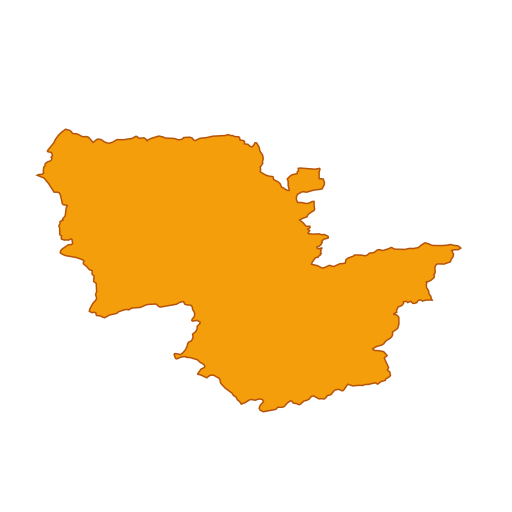 the district of An Lao, Bình Định, Vietnam, rotated 261°
{"feature_id": "81297802B61161719512326", "entity_name": "An Lao", "entity_type": "district", "adm_level": 2, "iso_a3": "VNM", "parent_name": "Vietnam", "parent_adm1": "Bình Định", "projection": "equal_earth", "projection_center": [108.793, 14.534], "detail": "fine", "context": "isolated", "style": "filled", "palette": "amber", "viewbox_px": 512, "rotation_deg": 261, "n_neighbors": 0, "source": "geoboundaries", "source_scale": "gbopen_adm2", "svg_char_len": 6066}
<svg xmlns="http://www.w3.org/2000/svg" viewBox="0 0 512 512"><g transform="rotate(261 256 256)"><path d="M411.0,87.8L408.6,83.2L406.2,79.8L402.5,76.1L399.4,74.0L392.6,66.5L391.8,66.4L390.2,69.9L389.7,70.3L386.9,70.7L385.7,69.1L384.3,69.7L382.5,68.6L382.1,67.8L381.6,64.9L380.2,62.2L378.2,61.8L376.9,60.2L372.9,59.1L371.3,59.4L370.2,57.8L370.4,53.8L370.0,52.5L366.1,58.9L360.3,62.3L350.6,66.6L350.1,69.9L349.0,71.7L346.6,72.4L337.9,72.9L336.8,73.7L335.6,77.2L335.2,77.6L333.6,76.2L325.5,73.8L322.6,70.6L321.7,71.0L320.7,67.8L318.2,67.4L316.8,66.0L314.1,66.4L308.3,65.6L307.2,65.8L306.2,67.2L304.4,66.4L303.1,66.5L301.7,69.2L301.5,71.6L301.0,73.3L301.6,75.1L301.7,76.4L300.9,76.8L297.1,76.9L296.0,75.1L296.5,73.7L296.4,72.3L293.3,65.7L291.8,63.9L290.2,63.2L289.6,63.2L288.6,64.3L286.3,67.6L282.6,78.3L279.5,84.0L277.9,85.4L276.1,84.2L275.1,84.4L272.1,87.1L268.4,89.4L267.2,91.9L263.8,91.2L261.5,92.9L256.3,91.6L254.0,93.9L245.6,93.0L243.1,91.5L239.1,92.0L237.4,90.8L234.9,87.6L229.7,83.6L227.5,82.7L225.7,85.1L225.7,87.2L225.2,88.8L222.2,89.1L221.2,92.8L219.3,95.5L218.7,97.0L220.6,102.0L221.1,109.3L222.5,111.8L223.3,116.6L223.5,119.8L222.7,121.9L224.0,125.3L223.3,133.7L224.9,139.8L225.0,142.5L224.2,149.8L221.0,152.4L220.5,154.0L220.8,169.8L222.2,173.7L222.4,176.9L222.1,177.4L219.8,178.0L219.0,178.9L217.5,184.0L216.0,185.0L212.9,185.1L210.6,186.1L208.5,186.4L206.0,185.7L203.5,183.0L202.3,182.5L201.6,183.1L201.6,187.9L199.5,190.4L198.4,190.3L195.7,186.9L193.1,186.4L190.6,184.4L188.7,181.1L185.6,181.2L182.4,179.1L181.5,176.2L180.5,175.0L177.3,173.7L174.2,171.4L172.0,168.8L170.4,166.2L172.2,161.5L172.2,160.3L171.7,159.8L170.7,159.8L167.9,160.4L167.0,161.0L166.8,161.8L167.7,165.2L168.0,169.5L166.6,172.2L166.0,175.1L162.6,182.0L159.8,184.1L157.3,187.2L156.1,187.9L154.6,188.1L153.9,187.5L152.9,184.0L148.8,180.0L148.3,180.1L147.2,182.7L143.4,188.4L145.1,191.3L145.3,193.1L144.9,195.5L141.1,200.3L139.7,201.0L136.1,201.2L134.9,201.8L130.5,204.8L124.2,210.9L121.7,212.0L119.9,214.2L116.9,215.1L114.9,217.0L112.0,218.3L112.8,222.1L115.1,227.6L114.9,229.3L113.7,232.4L114.3,236.9L113.3,239.8L110.8,240.6L108.1,237.0L105.2,235.3L102.9,236.1L101.0,239.0L101.4,251.5L103.2,254.0L102.5,257.9L102.8,260.2L106.0,264.1L107.5,267.3L107.2,268.6L104.9,269.8L104.4,271.0L104.2,272.6L102.7,274.6L102.4,276.1L105.3,280.8L105.5,283.7L106.3,286.0L108.5,288.6L108.9,289.8L108.6,291.2L105.0,295.9L104.9,298.1L104.1,300.8L104.9,302.6L107.0,304.8L107.3,308.3L110.5,311.8L111.3,313.4L111.4,316.9L109.4,319.9L109.3,320.6L110.1,321.9L115.0,326.5L112.6,331.2L112.2,337.2L111.4,341.4L112.0,343.1L111.6,347.0L112.1,353.9L110.4,356.1L112.4,359.8L112.9,364.2L114.2,364.9L115.9,368.9L116.9,370.1L120.4,370.1L122.9,367.9L124.9,369.5L134.9,366.8L135.6,367.3L136.7,369.5L137.3,369.9L141.6,367.1L143.3,362.4L144.0,358.9L145.1,357.1L146.3,356.9L147.8,361.4L148.3,366.0L149.2,368.3L151.6,370.7L153.9,375.8L155.0,377.4L156.9,378.6L159.4,378.9L162.3,384.5L166.3,386.5L173.2,387.5L175.6,385.8L176.4,384.6L176.7,383.0L177.1,382.9L178.0,384.4L178.3,386.2L180.5,386.3L183.5,388.6L184.2,392.1L185.9,394.2L187.7,394.5L187.6,397.6L186.3,398.4L187.0,401.9L184.8,403.4L184.4,404.9L184.8,407.5L186.6,409.1L186.9,410.5L186.7,411.9L185.4,413.6L185.9,416.9L184.9,423.1L187.0,422.3L188.8,422.4L191.9,420.8L194.3,421.1L197.9,419.6L200.7,419.6L202.5,420.4L203.6,420.1L204.0,420.7L203.7,421.9L204.8,425.3L206.8,428.4L207.9,428.9L210.1,428.9L210.5,429.8L212.0,430.4L216.8,430.9L219.2,432.5L219.8,434.3L218.6,440.6L219.9,447.2L222.3,448.3L224.1,450.3L226.8,451.4L230.9,450.1L231.1,453.9L230.6,456.6L231.8,459.5L233.4,458.2L234.6,456.6L235.8,452.3L236.9,450.4L236.8,446.6L237.1,441.9L238.6,433.0L239.2,431.0L240.8,428.7L242.5,425.3L242.4,424.4L240.9,420.9L238.9,417.6L238.8,412.3L239.5,409.0L239.2,404.1L241.1,393.9L243.1,391.4L243.3,390.7L242.5,388.5L241.5,382.1L242.9,379.1L243.1,377.1L240.9,372.9L241.1,368.5L239.5,366.0L239.2,364.5L239.3,363.1L240.5,360.0L241.6,353.4L240.6,352.1L239.6,346.6L238.3,344.3L234.9,342.9L235.2,337.5L233.4,331.0L235.3,327.1L233.8,321.6L233.7,319.4L236.8,315.3L239.1,309.6L239.8,309.8L241.0,310.5L244.8,314.3L245.1,314.8L245.0,317.1L245.8,317.5L246.9,319.7L247.9,319.9L248.1,320.8L249.1,320.2L250.9,321.1L252.2,320.7L253.1,322.2L253.7,322.2L253.4,318.8L254.3,317.6L255.5,317.7L255.7,319.6L256.9,321.9L258.0,322.4L258.8,323.5L260.1,323.1L262.0,325.5L262.3,330.0L264.0,330.4L266.5,327.0L266.8,323.9L268.0,321.8L268.8,314.9L270.1,311.0L271.0,311.2L272.0,312.6L272.7,313.0L274.2,311.2L275.6,313.8L276.6,314.0L277.1,313.6L277.3,310.9L277.7,310.0L281.1,308.0L284.8,304.7L286.0,308.5L286.7,312.6L288.2,313.3L289.4,314.9L292.1,320.7L293.3,321.3L296.3,321.2L300.8,321.9L301.1,320.4L299.9,316.3L300.0,313.8L301.8,309.1L302.3,305.5L305.0,304.8L307.6,305.0L310.2,306.4L312.1,311.0L312.1,312.6L311.1,315.9L312.0,323.0L311.8,331.7L315.9,334.7L317.9,335.1L321.5,334.5L322.5,330.6L322.9,330.5L329.2,331.5L331.7,332.8L332.6,332.5L332.5,327.9L336.0,313.2L335.9,311.4L333.4,311.3L332.6,309.9L330.9,309.5L330.6,304.2L329.5,302.0L327.3,299.0L324.4,299.4L320.5,298.8L315.7,299.2L315.6,298.1L316.6,296.3L318.9,293.8L320.0,292.0L323.5,291.2L325.5,289.7L328.8,285.4L331.4,285.3L332.0,284.4L332.8,281.4L334.6,278.0L338.3,273.6L339.1,273.4L340.5,274.1L343.1,274.1L346.5,277.2L347.6,277.0L351.1,278.4L354.7,278.3L359.0,276.3L363.0,276.1L367.6,274.3L368.1,272.9L365.4,270.6L364.6,269.5L364.5,268.9L365.3,267.3L367.5,265.6L368.6,262.1L371.0,262.6L372.1,261.3L373.1,258.3L375.4,258.3L376.5,257.5L377.3,253.5L378.6,251.9L379.0,249.7L380.3,247.4L379.8,244.5L381.1,232.0L380.7,226.2L381.0,218.9L379.5,214.2L380.0,212.9L382.7,211.2L383.7,209.2L384.3,203.2L382.8,201.0L382.9,197.5L384.9,193.6L386.7,184.8L387.9,183.2L389.5,179.4L389.6,178.1L388.6,170.9L387.5,167.4L386.7,166.5L388.8,165.4L390.3,163.8L390.5,159.2L391.1,158.3L392.6,157.2L393.0,156.1L391.5,151.8L391.6,143.1L392.7,136.8L390.9,132.5L390.3,128.1L392.2,124.4L395.1,121.4L396.1,118.9L396.1,117.0L393.6,112.8L399.4,109.3L400.4,107.4L401.0,103.3L404.6,98.4L405.8,93.8L407.7,93.1L409.2,91.7L411.0,87.8Z" fill="#f59e0b" stroke="#b45309" stroke-width="1.5"/></g></svg>